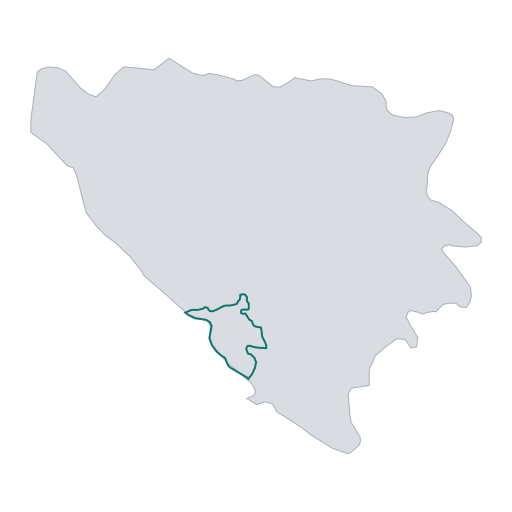 location of West Herzegovina within Bosnia and Herzegovina
{"feature_id": "BIH-2227", "entity_name": "West Herzegovina", "entity_type": "Canton", "adm_level": 1, "iso_a3": "BIH", "parent_name": "Bosnia and Herzegovina", "parent_adm1": "", "projection": "robinson", "projection_center": [17.518, 43.363], "detail": "fine", "context": "in_parent", "style": "outline", "palette": "teal", "viewbox_px": 512, "rotation_deg": 0, "n_neighbors": 0, "source": "natural_earth", "source_scale": "10m", "svg_char_len": 3076}
<svg xmlns="http://www.w3.org/2000/svg" viewBox="0 0 512 512"><path d="M452.6,115.4L453.6,118.7L451.1,130.0L446.2,142.3L438.3,155.0L430.0,167.0L427.8,173.3L427.3,183.4L426.3,191.3L427.5,195.7L430.3,199.7L439.7,202.9L452.3,210.9L463.1,221.3L476.9,233.1L481.2,237.5L481.3,242.2L477.3,245.7L465.6,247.0L453.3,246.0L448.6,244.8L444.3,246.2L441.6,248.9L443.0,252.1L455.7,266.4L470.5,287.0L471.4,295.9L469.6,302.8L466.3,307.6L460.2,306.8L455.6,303.1L448.6,303.3L443.1,304.4L436.1,311.8L432.6,311.5L426.5,312.6L422.7,314.1L416.6,311.9L410.2,310.5L407.5,312.8L406.3,317.2L410.3,325.1L417.8,337.5L416.6,346.9L411.0,348.0L405.7,340.1L401.1,338.8L395.9,339.1L383.9,348.2L375.2,355.9L373.1,361.3L370.0,367.2L369.1,371.4L369.3,385.5L353.4,387.8L350.1,389.9L348.2,394.1L349.6,412.3L350.9,422.0L360.1,437.0L360.4,441.8L359.1,444.9L352.7,450.9L349.6,453.0L347.5,453.7L336.9,449.8L331.8,447.9L310.5,434.6L301.1,427.3L286.2,417.6L277.1,412.1L272.4,403.8L265.1,401.9L256.5,404.5L246.8,398.5L253.7,395.4L255.4,392.4L254.5,388.6L251.5,383.3L225.2,360.6L212.4,345.0L210.3,339.4L210.1,324.6L207.1,321.0L187.9,314.3L166.4,295.0L144.3,276.0L141.3,270.8L130.0,256.5L116.1,243.4L105.1,235.1L96.0,225.7L86.1,212.5L81.0,192.5L76.5,174.8L73.4,167.9L67.0,165.5L47.4,144.4L30.7,132.2L31.0,119.0L33.9,97.0L37.2,72.3L41.3,68.9L49.0,67.0L57.7,67.7L65.2,70.8L80.2,87.7L88.7,94.2L96.0,96.8L104.4,89.7L114.8,74.8L123.8,66.9L154.1,69.7L169.1,58.3L193.1,73.4L203.0,75.6L208.6,73.5L216.3,74.5L233.2,78.9L237.1,80.8L242.2,80.4L254.7,74.6L258.9,75.3L273.3,86.8L280.4,87.0L289.1,82.0L294.6,77.7L311.1,80.9L320.5,78.9L328.3,78.8L336.8,80.7L344.5,83.4L352.0,85.7L372.4,86.9L382.2,94.3L386.1,101.4L386.2,105.8L387.2,110.5L392.8,115.1L405.1,117.7L412.8,117.1L416.9,116.8L427.3,112.7L439.5,110.6L448.4,113.0L452.6,115.4Z" fill="#d9dde1" stroke="#a8b0b8" stroke-width="1"/><path d="M231.0,368.0L229.9,367.3L228.1,365.4L226.8,362.6L225.8,359.6L225.0,358.1L223.7,357.0L221.4,355.7L216.6,351.6L212.0,345.3L209.4,338.1L211.6,325.8L209.7,322.0L206.1,319.8L194.7,318.2L187.9,314.7L185.3,312.6L190.6,310.3L191.8,309.9L197.8,309.9L203.1,308.6L205.0,307.2L207.8,308.0L208.6,309.8L210.0,311.1L213.1,311.1L217.3,309.4L220.1,307.8L224.0,305.9L226.6,305.5L229.9,305.5L234.0,304.7L236.6,304.0L238.2,301.3L239.9,299.3L240.3,296.2L240.3,294.8L241.0,294.6L242.4,294.3L245.0,294.5L246.0,295.7L246.9,297.0L246.9,299.7L246.9,301.1L248.0,302.4L248.7,303.6L248.8,306.5L248.8,308.8L248.4,309.1L248.0,309.6L246.3,309.6L243.8,309.6L242.4,309.6L241.5,310.0L241.3,310.1L241.1,312.1L241.1,313.0L242.8,313.8L243.5,313.7L245.3,313.6L247.1,316.1L249.2,319.6L251.9,321.1L252.5,323.0L253.7,325.6L254.1,325.6L255.9,326.7L260.9,327.5L261.4,330.0L261.7,332.0L261.8,332.7L262.0,335.5L262.0,336.0L263.4,339.1L264.5,341.1L264.8,341.6L265.0,342.1L266.2,345.2L266.2,348.1L265.9,348.1L259.2,347.8L255.9,347.3L253.5,347.0L250.8,346.0L248.0,345.8L246.7,347.0L246.4,349.5L246.8,350.4L248.0,353.7L248.3,353.8L250.9,354.3L254.5,358.0L254.7,358.5L256.1,362.2L254.9,368.0L252.0,374.2L248.3,378.9L247.1,377.6L231.0,368.0Z" fill="none" stroke="#0f766e" stroke-width="2"/></svg>